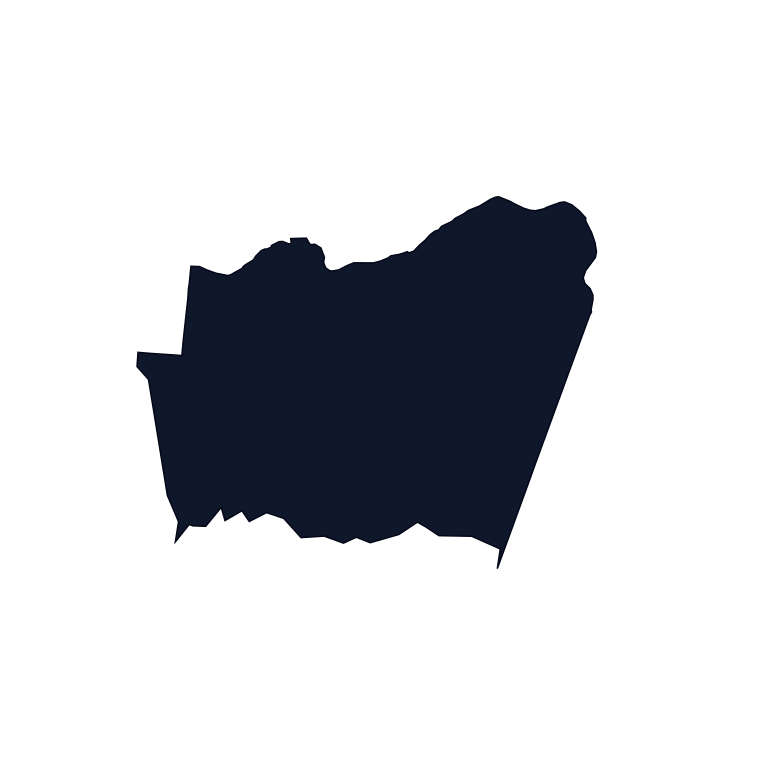 Montgomery, Maryland, United States of America (Natural Earth projection), rotated 140°
{"feature_id": "52423323B79763443872127", "entity_name": "Montgomery", "entity_type": "district", "adm_level": 2, "iso_a3": "USA", "parent_name": "United States of America", "parent_adm1": "Maryland", "projection": "natural_earth1", "projection_center": [-77.245, 39.144], "detail": "fine", "context": "isolated", "style": "filled", "palette": "ink", "viewbox_px": 768, "rotation_deg": 140, "n_neighbors": 0, "source": "geoboundaries", "source_scale": "gbopen_adm2", "svg_char_len": 1851}
<svg xmlns="http://www.w3.org/2000/svg" viewBox="0 0 768 768"><g transform="rotate(140 384 384)"><path d="M552.1,566.4L562.0,556.1L561.5,538.9L575.0,516.1L577.3,512.2L593.6,484.8L621.6,437.8L629.9,410.6L645.3,397.2L623.6,401.6L621.5,398.1L612.1,389.6L588.0,394.1L593.6,381.6L574.3,378.2L575.6,365.3L556.7,361.0L547.2,345.5L546.3,319.7L527.6,305.9L517.3,288.1L503.7,284.4L496.6,271.3L469.4,259.2L447.2,256.7L444.0,248.1L439.4,232.5L414.7,211.0L401.0,182.9L415.9,169.7L339.3,213.9L322.0,224.0L320.3,225.0L182.1,304.5L178.7,305.8L177.9,307.5L169.5,314.5L166.7,318.0L164.8,324.6L165.5,331.8L163.6,336.3L162.6,337.7L156.5,341.3L140.8,345.0L136.3,348.6L131.6,356.4L127.7,366.4L124.7,379.3L122.7,381.6L122.8,383.2L123.1,390.7L124.9,400.4L127.8,405.9L128.7,407.5L132.5,409.9L145.2,414.6L149.1,415.5L156.6,419.4L160.3,423.1L163.8,428.5L167.5,436.5L170.0,442.8L170.2,443.2L175.5,453.2L176.5,454.3L179.2,455.7L183.6,457.0L196.2,458.9L207.8,462.7L214.2,463.2L223.0,465.2L225.2,465.0L227.4,464.9L238.5,467.8L243.1,466.9L247.2,468.5L253.4,468.7L259.8,467.7L267.4,467.6L275.7,466.7L279.6,468.0L280.8,468.8L281.0,470.3L285.5,472.0L288.8,473.4L296.4,477.8L299.9,478.0L307.8,480.5L314.3,483.6L329.3,496.3L336.4,498.5L345.2,500.5L350.8,503.6L352.8,505.7L354.0,510.6L352.1,516.0L348.1,519.5L344.9,528.7L347.1,535.5L350.2,537.6L350.9,539.0L349.7,545.6L362.0,555.4L364.1,552.1L364.6,551.7L365.9,551.7L367.2,553.2L370.0,558.4L372.9,560.5L381.1,562.4L382.9,561.4L387.5,562.9L388.4,564.0L392.5,565.1L400.1,564.4L404.4,563.0L413.5,564.4L416.7,564.5L417.6,563.8L418.9,563.9L430.5,566.1L432.9,566.9L434.2,567.8L441.5,576.9L446.2,584.9L449.8,592.5L456.2,598.3L468.7,586.0L471.8,583.4L479.3,575.6L484.0,571.1L495.6,560.0L509.8,546.4L519.4,536.9L520.6,535.7L524.5,539.6L541.4,555.8L542.9,557.3L547.4,561.7L552.1,566.4Z" fill="#0f172a" stroke="#020617" stroke-width="1.5"/></g></svg>